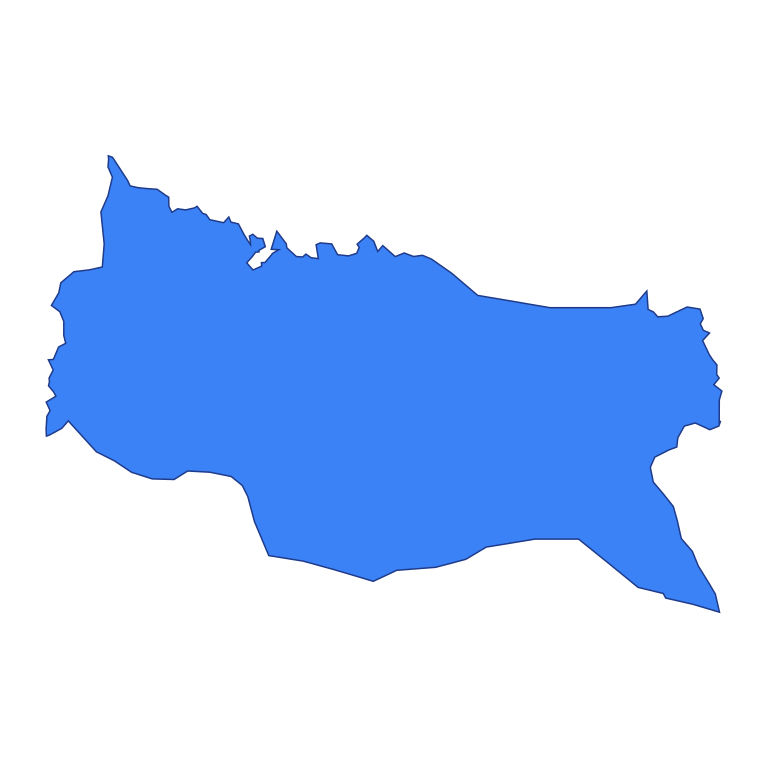 Melini, Larnaca, Cyprus
{"feature_id": "46923920B72059486162675", "entity_name": "Melini", "entity_type": "district", "adm_level": 2, "iso_a3": "CYP", "parent_name": "Cyprus", "parent_adm1": "Larnaca", "projection": "natural_earth1", "projection_center": [33.15, 34.867], "detail": "fine", "context": "isolated", "style": "filled", "palette": "blue", "viewbox_px": 768, "rotation_deg": 0, "n_neighbors": 0, "source": "geoboundaries", "source_scale": "gbopen_adm2", "svg_char_len": 2240}
<svg xmlns="http://www.w3.org/2000/svg" viewBox="0 0 768 768"><path d="M46.4,436.1L49.5,435.0L61.7,428.4L68.3,420.9L96.4,451.8L114.5,460.9L131.6,472.3L152.2,478.9L174.1,479.5L187.6,471.0L209.8,472.2L231.2,476.5L242.3,485.5L247.8,496.5L254.4,521.4L268.8,555.6L303.1,561.1L334.3,569.7L373.3,581.3L396.7,570.3L435.7,567.3L465.8,559.3L486.2,547.1L534.8,539.1L578.6,539.1L607.5,562.4L638.1,587.4L663.3,593.5L665.7,598.1L692.5,604.2L719.5,612.2L715.3,594.0L709.3,583.8L698.3,566.0L692.3,551.3L681.3,538.6L677.3,520.7L673.3,506.5L662.8,493.3L653.3,482.1L650.3,467.3L654.8,457.1L668.8,450.0L676.8,447.0L677.8,437.8L684.3,426.1L695.3,423.0L705.3,427.6L709.8,429.7L718.8,426.1L720.6,421.0L719.2,422.4L719.3,399.9L721.9,391.1L713.8,384.7L719.2,378.1L716.7,374.5L716.9,364.9L712.6,359.7L709.2,354.5L702.6,340.6L709.5,333.0L703.3,330.3L700.3,323.8L703.2,318.6L700.0,309.1L687.1,307.0L667.7,316.2L657.7,316.8L653.5,312.0L648.1,309.4L646.8,291.0L635.5,304.2L610.7,307.7L550.1,307.7L477.7,295.4L451.5,273.1L431.5,259.1L422.5,255.3L413.6,256.5L404.2,253.0L395.2,256.6L382.8,245.6L377.7,251.5L373.8,241.3L366.8,235.3L364.1,238.1L357.1,244.2L359.2,247.4L356.7,253.3L348.5,255.9L337.6,254.7L331.7,243.9L320.3,242.9L316.1,244.7L318.3,258.6L311.1,257.7L305.9,254.1L302.7,257.0L296.3,256.5L286.9,247.9L286.2,243.7L276.8,231.2L271.2,249.3L278.7,249.7L272.4,253.5L271.5,254.9L265.0,262.5L261.4,262.6L261.7,266.1L253.0,270.0L246.7,262.8L251.9,257.1L255.6,252.2L259.0,251.9L259.0,250.3L265.3,246.7L262.8,238.5L257.4,238.2L252.8,234.3L249.4,236.1L250.3,240.9L250.5,244.7L247.2,239.8L243.8,234.1L238.4,223.9L234.3,222.9L230.9,222.1L228.8,217.0L223.6,222.7L209.8,219.7L206.1,214.5L202.6,213.4L197.1,206.3L194.5,207.9L185.7,209.9L177.6,208.8L172.0,212.3L168.9,206.4L168.7,197.2L164.9,194.8L157.2,189.3L148.4,188.7L138.1,187.7L130.1,185.9L127.7,180.6L112.5,157.3L108.3,155.8L108.6,159.3L108.0,166.9L112.4,177.2L108.0,195.8L100.9,212.0L104.2,244.0L102.3,267.0L89.0,269.9L73.9,271.7L60.8,282.8L58.8,292.8L51.4,305.4L59.8,311.7L63.8,321.4L63.8,335.5L65.7,343.3L58.6,347.0L53.4,359.4L48.4,359.8L53.2,370.0L49.1,378.0L49.4,381.9L48.5,385.8L53.6,391.9L55.9,396.2L46.2,402.1L50.1,410.6L46.9,416.3L46.1,429.0L46.4,436.1Z" fill="#3b82f6" stroke="#1e3a8a" stroke-width="1.5"/></svg>